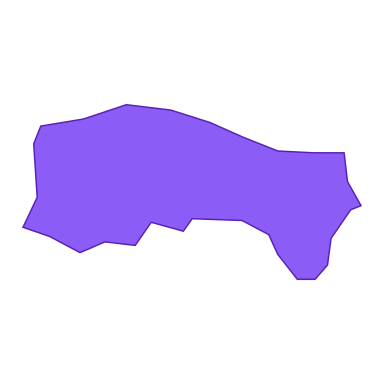 Bromölla, Skåne, Sweden, rotated 270°
{"feature_id": "70781695B19839460749296", "entity_name": "Bromölla", "entity_type": "district", "adm_level": 2, "iso_a3": "SWE", "parent_name": "Sweden", "parent_adm1": "Skåne", "projection": "mercator", "projection_center": [14.508, 56.147], "detail": "fine", "context": "isolated", "style": "filled", "palette": "violet", "viewbox_px": 384, "rotation_deg": 270, "n_neighbors": 0, "source": "geoboundaries", "source_scale": "gbopen_adm2", "svg_char_len": 535}
<svg xmlns="http://www.w3.org/2000/svg" viewBox="0 0 384 384"><g transform="rotate(270 192 192)"><path d="M178.4,361.0L202.4,347.5L231.2,344.1L231.2,313.3L233.0,277.7L247.2,242.1L261.5,210.0L273.9,170.8L279.3,126.3L265.0,83.5L264.5,80.6L257.9,40.8L240.1,33.7L186.7,37.2L156.7,23.0L147.5,49.7L131.4,80.0L142.1,104.9L138.6,135.2L161.7,151.2L152.8,183.3L165.3,192.2L163.5,242.1L149.3,268.8L129.7,277.7L104.7,297.3L104.7,315.1L119.0,327.5L145.7,331.1L174.2,350.7L178.4,361.0Z" fill="#8b5cf6" stroke="#5b21b6" stroke-width="1.5"/></g></svg>